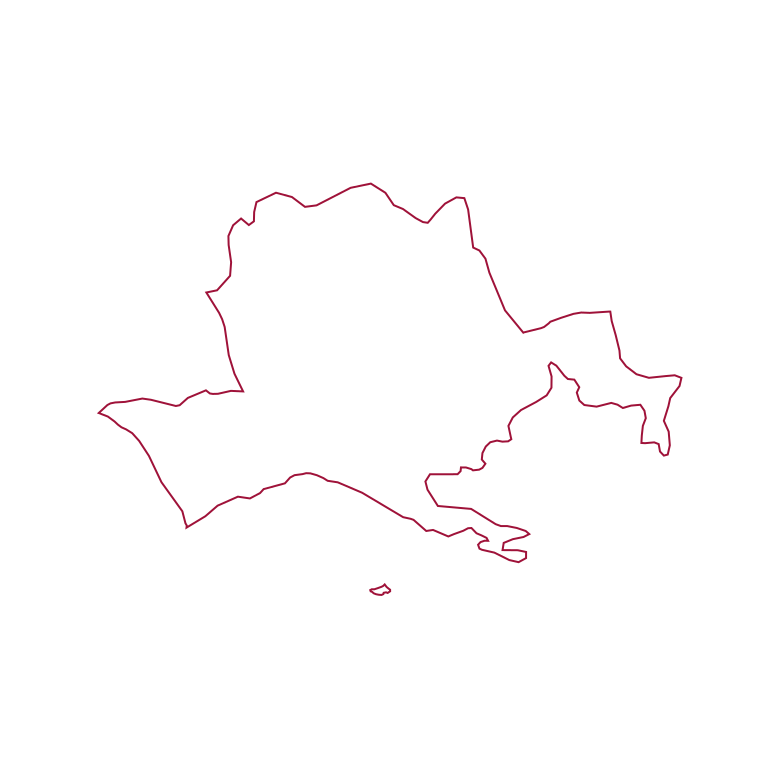 SVG path tracing the border of Ngöbe Buglé, rotated 152°
{"feature_id": "PAN-3454", "entity_name": "Ngöbe Buglé", "entity_type": "Indigenous Territory", "adm_level": 1, "iso_a3": "PAN", "parent_name": "Panama", "parent_adm1": "", "projection": "natural_earth1", "projection_center": [-81.839, 8.721], "detail": "fine", "context": "isolated", "style": "outline", "palette": "rose", "viewbox_px": 768, "rotation_deg": 152, "n_neighbors": 0, "source": "natural_earth", "source_scale": "10m", "svg_char_len": 2927}
<svg xmlns="http://www.w3.org/2000/svg" viewBox="0 0 768 768"><g transform="rotate(152 384 384)"><path d="M297.5,275.5L301.3,275.1L306.5,277.5L310.8,281.0L317.5,282.7L323.5,281.0L329.5,276.8L333.1,271.4L331.9,266.0L336.5,263.7L340.2,263.7L346.0,266.0L346.8,267.8L350.8,271.8L355.2,274.2L357.3,271.1L361.4,269.8L385.8,282.7L393.2,278.5L395.2,270.3L393.7,251.0L365.7,232.8L351.2,207.8L347.4,203.6L342.0,200.8L334.3,194.5L327.9,187.7L326.2,183.3L332.6,183.4L343.1,186.5L352.9,187.5L357.3,181.7L343.9,174.4L337.4,169.0L340.3,163.6L348.8,163.5L356.0,169.7L365.7,183.3L375.3,191.6L377.0,193.8L376.4,197.9L373.0,199.1L368.8,198.4L365.7,196.7L365.7,200.0L369.1,204.7L372.4,208.8L374.4,215.8L377.5,217.2L382.9,217.2L392.6,218.6L398.8,219.2L409.2,232.1L415.7,234.4L421.7,250.2L423.8,252.5L429.6,257.4L454.4,298.3L471.0,318.9L479.2,325.0L481.7,329.4L486.1,335.0L491.0,339.7L494.6,341.8L498.3,342.7L505.8,345.5L510.8,345.5L518.1,342.8L539.6,347.7L544.6,345.9L556.1,345.9L565.9,353.1L588.0,354.7L603.9,351.1L625.8,349.9L624.6,351.6L624.7,354.2L621.8,366.3L626.6,401.8L625.3,430.9L626.9,448.7L629.4,458.8L633.0,465.0L636.1,469.0L638.0,473.0L639.5,477.4L643.1,484.9L649.5,492.3L638.1,495.3L634.6,495.3L630.0,493.9L620.9,489.7L604.2,484.6L597.2,479.5L578.1,462.3L574.4,461.2L563.7,463.8L544.2,462.0L542.2,457.4L539.8,455.6L535.2,453.3L522.4,449.8L511.9,443.6L511.2,463.3L507.5,482.4L497.9,509.2L496.5,517.2L496.2,524.2L497.9,548.2L487.4,545.1L469.1,551.8L461.8,563.3L455.9,579.7L451.9,587.7L442.7,595.0L432.5,597.2L428.7,587.8L422.5,588.7L417.9,596.8L411.2,604.5L389.6,603.6L377.5,592.3L370.6,577.5L359.7,573.4L321.4,572.9L301.5,567.1L293.0,552.2L291.4,537.3L285.1,529.6L278.2,515.7L273.6,508.7L269.7,505.8L265.7,507.3L258.8,510.3L245.4,514.6L232.5,514.8L225.8,510.4L227.8,498.6L241.2,462.6L237.1,457.1L235.6,447.0L238.7,432.8L242.6,392.2L236.9,363.9L236.3,363.9L219.2,359.6L215.9,359.2L210.1,360.2L207.9,360.9L196.6,359.3L183.8,357.0L176.3,354.5L168.9,350.2L150.9,342.1L150.2,341.7L153.4,332.7L156.5,318.3L160.4,303.0L163.5,295.8L161.9,285.9L156.5,274.1L147.2,265.1L131.7,258.8L123.2,255.2L118.5,249.8L124.0,243.5L137.9,237.2L143.3,230.9L154.2,220.1L155.0,208.3L160.4,195.7L166.6,188.5L170.5,189.4L172.0,194.8L169.7,202.0L172.8,205.6L181.3,209.2L184.4,211.1L180.6,217.4L175.1,225.5L168.9,230.9L166.6,238.1L167.4,245.3L175.9,248.9L184.4,250.7L187.5,256.1L192.2,260.6L206.9,264.2L217.0,271.4L219.3,277.7L217.8,285.9L213.1,289.5L213.9,298.5L219.3,302.1L220.9,306.6L223.2,319.2L226.3,324.6L230.2,322.8L232.5,312.0L237.9,302.1L245.7,297.6L258.1,296.7L275.2,296.7L286.0,294.0L293.8,288.6L296.9,277.8L297.5,275.5L297.5,275.5ZM478.9,197.8L480.0,199.1L482.3,199.8L483.2,198.8L485.2,198.9L487.6,200.4L489.8,202.2L491.4,204.1L492.0,205.9L493.1,207.2L492.9,208.5L491.1,208.5L489.0,207.3L485.5,206.7L481.3,206.1L479.4,206.1L477.5,206.7L477.0,203.6L476.1,201.4L475.2,199.5L475.9,198.1L478.9,197.8Z" fill="none" stroke="#9f1239" stroke-width="2"/></g></svg>